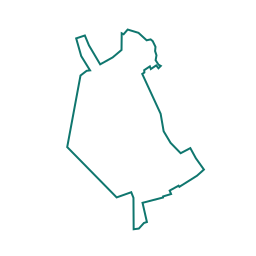 Drogheda Urban Lea-6, Meath, Ireland, rotated 256°
{"feature_id": "5873133B90869984679235", "entity_name": "Drogheda Urban Lea-6", "entity_type": "district", "adm_level": 2, "iso_a3": "IRL", "parent_name": "Ireland", "parent_adm1": "Meath", "projection": "mercator", "projection_center": [-6.346, 53.714], "detail": "fine", "context": "isolated", "style": "outline", "palette": "teal", "viewbox_px": 256, "rotation_deg": 256, "n_neighbors": 0, "source": "geoboundaries", "source_scale": "gbopen_adm2", "svg_char_len": 802}
<svg xmlns="http://www.w3.org/2000/svg" viewBox="0 0 256 256"><g transform="rotate(256 128 128)"><path d="M28.4,109.0L27.8,114.2L32.0,120.5L32.2,123.6L51.9,124.0L52.1,145.2L53.1,145.5L53.5,153.8L57.2,153.3L59.8,163.1L58.5,163.6L59.1,165.4L65.0,183.4L69.3,191.6L82.3,186.5L93.4,183.6L90.8,173.0L103.3,165.7L116.2,161.8L133.9,163.1L177.0,154.9L177.9,157.3L180.2,157.7L182.5,164.1L179.7,164.4L181.9,170.5L178.6,172.0L180.3,174.8L182.1,172.9L187.1,171.2L191.6,173.2L196.1,172.9L200.1,174.3L206.3,173.0L208.5,171.4L208.6,167.3L217.8,161.2L223.6,151.5L220.0,146.4L221.4,144.8L205.3,140.6L200.2,130.2L196.5,116.4L217.6,110.1L228.2,108.5L227.5,99.4L209.1,100.0L193.1,105.1L193.5,101.7L190.4,94.6L124.2,64.4L63.4,100.2L64.9,115.6L58.9,116.4L28.4,109.0Z" fill="none" stroke="#0f766e" stroke-width="2"/></g></svg>